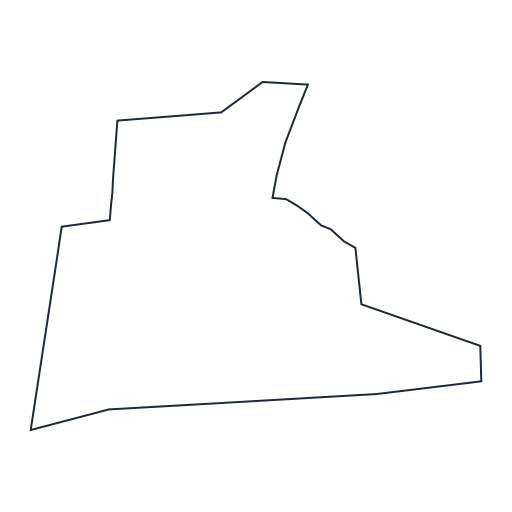 the district of Água Branca, Piauí, Brazil
{"feature_id": "56859067B37931191276817", "entity_name": "Água Branca", "entity_type": "district", "adm_level": 2, "iso_a3": "BRA", "parent_name": "Brazil", "parent_adm1": "Piauí", "projection": "orthographic", "projection_center": [-42.619, -5.906], "detail": "fine", "context": "isolated", "style": "outline", "palette": "slate", "viewbox_px": 512, "rotation_deg": 0, "n_neighbors": 0, "source": "geoboundaries", "source_scale": "gbopen_adm2", "svg_char_len": 469}
<svg xmlns="http://www.w3.org/2000/svg" viewBox="0 0 512 512"><path d="M307.9,84.6L262.6,82.0L221.2,112.4L117.4,120.6L113.0,179.1L112.4,192.9L111.2,203.1L109.8,220.1L61.7,226.7L56.4,262.1L30.7,430.0L108.9,409.4L193.6,404.6L376.7,394.0L481.3,381.3L480.3,345.9L361.4,304.3L355.4,247.9L344.1,241.5L330.8,229.3L321.0,225.3L307.9,213.3L297.2,205.7L286.0,199.1L272.5,197.9L276.7,175.3L285.4,142.5L298.6,107.8L307.9,84.6Z" fill="none" stroke="#1e293b" stroke-width="2"/></svg>